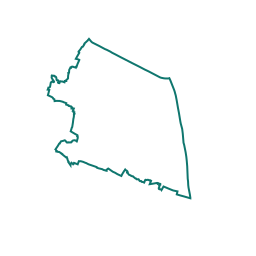 Tra Cu, Trà Vinh, Vietnam (Albers equal-area conic projection), rotated 218°
{"feature_id": "81297802B8258305147124", "entity_name": "Tra Cu", "entity_type": "district", "adm_level": 2, "iso_a3": "VNM", "parent_name": "Vietnam", "parent_adm1": "Trà Vinh", "projection": "albers", "projection_center": [106.32, 9.701], "detail": "fine", "context": "isolated", "style": "outline", "palette": "teal", "viewbox_px": 256, "rotation_deg": 218, "n_neighbors": 0, "source": "geoboundaries", "source_scale": "gbopen_adm2", "svg_char_len": 5500}
<svg xmlns="http://www.w3.org/2000/svg" viewBox="0 0 256 256"><g transform="rotate(218 128 128)"><path d="M172.0,66.5L171.6,66.5L171.1,66.3L170.9,66.1L170.3,65.6L170.1,65.3L169.7,65.5L170.0,66.0L169.9,66.1L169.4,66.1L168.7,66.0L168.4,66.1L167.6,66.7L167.2,66.8L164.6,67.0L164.7,66.8L158.4,66.7L158.3,66.8L158.4,67.1L158.3,67.3L157.8,67.0L157.0,66.6L156.4,66.0L155.1,65.2L154.6,65.0L154.1,65.0L154.0,64.9L154.0,64.4L150.5,63.3L150.8,63.7L151.1,65.1L151.2,65.6L151.2,65.8L149.5,65.7L148.8,65.6L148.7,65.8L148.8,66.1L149.1,67.0L149.1,67.3L145.3,68.4L146.3,71.6L145.4,72.2L145.0,72.6L144.2,73.0L142.5,73.7L140.6,74.2L139.9,74.4L139.5,74.6L136.8,75.1L128.7,77.9L128.5,77.6L128.4,77.6L127.9,77.6L126.2,78.2L124.7,78.9L122.9,79.7L121.5,79.9L119.1,80.9L118.8,80.9L118.6,81.1L118.8,81.2L119.1,81.5L119.2,81.8L119.1,82.2L118.9,82.7L118.8,83.5L118.6,83.9L113.0,84.2L110.6,84.8L108.0,85.1L103.7,86.1L104.2,88.4L104.6,92.1L104.4,92.8L104.7,93.3L104.7,93.5L104.4,93.4L103.1,93.5L102.8,93.6L101.9,93.5L101.5,93.3L101.5,93.1L101.5,92.4L101.3,92.2L101.1,92.2L100.5,92.5L100.4,92.5L100.2,92.5L99.7,92.1L99.2,91.9L98.8,91.8L98.4,91.8L97.6,92.0L97.0,92.2L96.8,92.3L96.6,92.3L96.1,92.2L95.6,92.3L94.9,92.7L94.5,92.9L94.3,93.0L93.5,92.8L92.7,92.9L91.8,92.8L91.3,92.8L91.0,92.9L90.7,93.1L89.8,92.9L89.6,92.9L89.1,93.4L88.6,93.6L88.3,93.8L88.1,94.1L86.7,93.6L86.3,93.5L85.9,93.5L85.7,93.6L85.2,94.2L85.0,94.3L84.7,94.3L84.1,94.0L82.6,94.8L82.1,94.9L81.7,94.9L81.8,95.7L82.4,97.2L82.4,97.7L82.3,98.0L82.2,98.1L81.5,98.3L81.3,98.4L81.1,98.7L80.9,99.0L80.4,99.5L80.0,99.6L79.6,99.7L79.3,99.9L79.0,99.9L78.8,99.9L78.6,100.3L78.3,100.5L77.3,100.6L76.3,97.1L75.6,97.8L75.4,98.1L74.4,99.1L71.3,102.6L70.7,103.0L70.5,102.8L70.4,102.3L70.3,102.2L70.2,102.2L70.1,102.6L68.8,103.2L68.9,103.5L68.5,103.7L68.1,103.8L67.7,103.3L67.8,103.2L68.0,102.8L68.1,102.7L68.0,102.4L67.7,102.3L67.7,102.0L67.9,101.7L67.5,101.3L67.2,101.2L67.0,100.9L66.8,99.6L66.3,99.1L65.9,99.0L65.5,99.1L64.9,99.6L64.5,99.8L63.9,99.9L63.4,99.7L63.5,100.8L63.7,101.8L64.0,103.7L64.0,103.8L63.2,104.0L61.0,104.6L59.1,105.1L55.2,106.2L53.9,106.6L50.0,108.5L48.7,105.7L45.4,107.0L41.6,108.6L35.6,111.0L35.9,111.4L38.2,113.6L43.5,118.2L45.3,120.0L47.9,123.0L49.7,124.8L57.7,134.2L61.3,138.1L64.3,141.2L67.7,144.4L73.4,149.3L75.2,150.6L76.3,151.8L81.4,157.3L84.7,160.6L89.2,164.0L90.7,165.3L97.1,171.2L101.1,174.7L106.7,179.8L109.8,182.5L110.5,183.1L111.9,184.1L113.6,185.4L115.1,186.4L124.1,191.7L126.1,192.7L126.6,192.0L127.5,191.2L128.7,190.3L130.2,189.3L132.8,188.0L134.0,187.6L146.6,185.3L148.9,184.8L150.6,184.4L156.2,183.4L164.7,181.7L177.8,179.2L183.4,178.2L186.9,177.5L189.0,177.3L193.0,176.5L194.7,176.0L201.2,174.9L208.7,173.4L209.4,173.4L210.4,173.5L213.1,174.1L213.6,174.2L213.6,173.6L213.7,173.1L213.6,171.8L213.8,171.3L213.9,170.3L214.3,168.1L214.3,167.8L214.0,167.5L214.0,167.3L214.1,166.9L214.1,166.7L213.8,166.2L213.7,165.9L213.8,165.7L213.7,164.6L213.7,164.1L213.8,164.0L214.1,163.7L214.2,163.4L214.1,162.5L214.0,161.4L213.9,160.4L214.0,157.7L213.8,157.5L213.3,157.3L212.8,157.4L212.7,157.3L212.5,155.9L212.2,153.6L211.7,150.4L209.7,151.3L208.8,151.6L208.3,151.7L208.2,151.5L207.2,147.4L206.2,144.5L206.7,144.2L206.5,143.7L206.4,143.5L206.5,143.5L207.6,142.9L209.4,142.3L209.7,141.8L210.0,141.7L210.2,141.4L210.0,140.8L209.9,140.5L210.3,140.3L210.6,140.2L210.2,138.2L210.2,137.9L209.9,137.3L208.6,135.4L208.5,135.2L208.9,134.5L208.7,134.4L208.2,133.9L208.0,133.6L207.6,132.7L206.1,130.5L205.9,130.3L205.9,130.2L205.8,129.5L206.1,128.2L206.2,127.8L205.9,127.3L205.6,127.0L205.7,126.9L206.0,126.6L206.8,126.1L206.4,125.3L206.2,124.9L207.1,124.6L208.4,124.2L209.2,123.6L209.8,123.0L210.1,123.1L210.3,122.8L210.4,122.7L210.3,122.4L209.9,121.6L209.7,121.1L210.5,120.6L211.1,120.7L211.2,120.8L211.3,121.6L211.3,121.8L212.2,122.5L212.6,122.5L212.7,122.4L212.9,122.3L213.2,121.9L213.3,121.9L213.5,121.8L214.2,122.2L214.8,122.8L214.9,123.0L215.1,123.2L216.0,123.8L216.5,123.9L217.1,123.7L217.3,123.5L217.8,123.5L218.1,123.8L218.9,123.4L219.2,123.0L220.0,122.7L220.4,122.5L220.4,122.4L219.8,121.6L219.3,120.8L218.9,120.5L217.2,119.8L214.9,119.1L214.7,118.9L214.7,118.7L214.8,118.5L215.1,118.1L215.6,118.1L215.9,118.2L216.4,117.9L216.5,117.7L216.7,117.1L216.7,116.7L216.8,116.3L216.4,115.5L214.8,112.5L214.8,112.1L215.0,111.4L215.6,110.8L215.3,110.2L214.9,108.8L213.8,109.5L213.5,109.6L213.3,109.1L212.3,106.9L211.3,104.5L207.1,105.5L206.4,105.5L206.0,105.5L205.4,105.4L205.1,105.1L204.7,105.1L203.7,105.3L202.9,104.5L202.4,104.0L200.9,105.5L199.6,106.4L198.9,107.0L197.9,107.5L195.4,108.6L195.2,108.6L194.9,108.6L191.9,109.6L191.2,108.4L190.8,108.6L190.1,108.7L189.7,108.9L189.1,109.2L188.8,109.3L188.7,109.3L188.3,108.9L186.0,110.0L185.6,109.9L185.2,109.3L184.7,109.6L184.4,109.1L184.3,108.7L183.3,109.3L183.3,109.7L182.7,110.0L182.0,107.5L181.4,107.8L181.0,107.1L180.0,107.4L179.4,106.0L178.9,106.2L178.7,105.7L178.8,105.3L178.5,104.8L177.9,104.0L177.3,102.9L177.0,102.4L176.8,101.8L174.7,98.3L172.6,94.5L172.5,94.1L172.5,93.9L172.5,93.7L171.1,90.1L166.3,90.7L163.4,91.2L163.2,91.1L162.9,90.2L162.7,90.3L162.1,90.1L161.7,89.5L161.3,88.9L160.7,87.3L160.2,86.3L160.1,85.9L161.2,85.9L161.8,85.8L162.4,85.6L162.7,85.3L163.4,84.6L163.8,84.0L163.9,83.4L163.9,82.9L163.8,82.1L164.0,81.5L164.1,81.4L164.6,81.3L165.3,80.5L166.1,79.9L166.4,79.9L166.7,79.5L167.0,79.0L167.8,79.0L169.3,79.4L169.8,79.4L170.2,79.4L170.5,79.1L171.0,78.2L172.6,76.2L172.3,74.1L172.5,74.1L172.6,73.1L172.3,71.0L172.2,69.7L172.0,66.5Z" fill="none" stroke="#0f766e" stroke-width="2"/></g></svg>